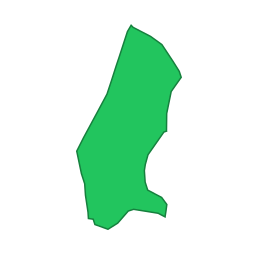 Zaqaziq 1, Ash Sharqiyah, Egypt (Albers equal-area conic projection), rotated 341°
{"feature_id": "37247803B90697971403179", "entity_name": "Zaqaziq 1", "entity_type": "district", "adm_level": 2, "iso_a3": "EGY", "parent_name": "Egypt", "parent_adm1": "Ash Sharqiyah", "projection": "albers", "projection_center": [31.514, 30.585], "detail": "fine", "context": "isolated", "style": "filled", "palette": "green", "viewbox_px": 256, "rotation_deg": 341, "n_neighbors": 0, "source": "geoboundaries", "source_scale": "gbopen_adm2", "svg_char_len": 744}
<svg xmlns="http://www.w3.org/2000/svg" viewBox="0 0 256 256"><g transform="rotate(341 128 128)"><path d="M164.4,31.9L158.9,36.6L142.7,58.1L137.0,65.5L128.2,77.3L119.2,89.1L105.2,102.1L102.6,104.5L82.7,122.8L72.0,133.2L69.1,156.0L69.1,156.6L68.9,166.6L65.9,177.7L62.8,194.5L61.1,200.7L65.4,202.9L65.3,208.5L76.1,217.2L87.3,214.6L94.6,210.4L101.2,206.6L106.8,206.7L117.7,212.5L128.7,218.4L134.1,224.1L137.0,218.6L139.8,213.0L137.2,204.6L131.8,198.9L126.4,193.1L126.6,184.7L129.6,173.6L132.5,168.1L138.2,159.8L141.9,157.1L160.6,143.5L163.4,143.5L163.4,143.4L169.3,126.9L180.7,107.6L187.7,102.5L194.8,97.4L194.9,91.1L192.3,79.9L187.2,60.2L179.2,48.8L171.0,40.2L165.6,34.5L164.4,31.9Z" fill="#22c55e" stroke="#15803d" stroke-width="1.5"/></g></svg>